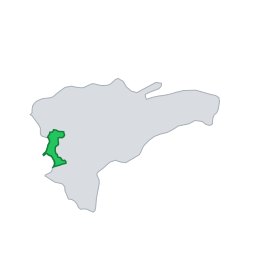 where La Estrelleta sits in Dominican Republic, rotated 336°
{"feature_id": "DOM-1972", "entity_name": "La Estrelleta", "entity_type": "Province", "adm_level": 1, "iso_a3": "DOM", "parent_name": "Dominican Republic", "parent_adm1": "", "projection": "mercator", "projection_center": [-71.627, 18.975], "detail": "fine", "context": "in_parent", "style": "filled", "palette": "green", "viewbox_px": 256, "rotation_deg": 336, "n_neighbors": 0, "source": "natural_earth", "source_scale": "10m", "svg_char_len": 2270}
<svg xmlns="http://www.w3.org/2000/svg" viewBox="0 0 256 256"><g transform="rotate(336 128 128)"><path d="M44.7,168.6L44.9,159.6L46.3,155.9L45.0,152.0L39.3,147.9L35.7,142.6L32.6,137.9L33.3,137.3L39.6,137.0L41.8,135.3L46.0,130.5L46.9,126.6L46.5,123.7L43.8,120.2L42.7,116.5L46.1,113.3L50.5,108.6L51.1,106.8L51.0,105.0L45.8,100.0L45.5,97.9L47.9,92.5L47.7,89.0L45.3,77.8L44.1,76.1L46.4,75.2L48.0,71.9L50.0,68.9L52.6,67.3L55.7,66.3L61.7,66.4L70.1,69.0L72.4,68.9L80.5,66.6L87.1,65.3L93.4,66.8L95.9,68.8L101.1,72.0L103.7,73.0L111.9,72.9L114.1,73.2L121.0,78.5L126.7,80.6L130.1,80.7L136.1,78.6L139.1,78.7L142.5,83.3L143.2,89.7L146.0,95.6L150.4,99.3L172.0,97.7L176.8,100.8L175.2,103.4L172.1,104.7L161.9,104.1L157.4,104.4L156.5,107.0L156.5,109.3L162.5,109.9L168.4,111.1L174.4,112.9L180.5,114.2L187.3,115.1L194.1,116.4L205.4,121.1L217.8,131.5L221.2,133.9L223.4,137.2L222.3,141.2L217.9,147.8L215.4,150.0L211.7,151.3L209.2,154.0L206.7,158.6L205.2,159.0L203.5,158.8L200.5,156.2L198.4,152.1L192.3,148.4L185.2,148.9L174.6,146.6L168.3,147.7L161.9,148.0L155.4,146.8L148.8,146.4L142.2,147.8L135.9,150.3L133.5,151.8L129.5,155.6L127.3,157.0L111.8,158.8L107.4,156.1L103.3,152.3L97.3,151.8L88.7,154.7L83.3,155.8L81.1,157.0L80.5,158.5L80.4,163.7L79.2,166.9L70.8,179.0L66.1,187.5L64.1,190.1L61.9,190.7L57.7,185.8L55.1,184.0L51.8,183.1L50.4,180.5L50.5,176.9L49.6,173.3L47.6,170.5L44.7,168.6Z" fill="#d9dde1" stroke="#a8b0b8" stroke-width="1"/><path d="M39.8,118.7L39.6,117.8L40.5,117.2L43.2,116.4L43.9,116.0L46.2,113.5L47.7,111.3L48.5,110.6L50.3,109.3L50.9,108.4L51.2,107.4L51.4,104.1L50.8,103.8L51.6,103.0L52.7,102.3L53.8,101.9L54.2,100.9L54.8,100.1L56.1,100.5L57.3,100.9L58.4,100.3L59.3,99.3L61.5,100.7L63.1,102.9L65.4,104.0L67.7,105.3L67.3,106.9L67.2,108.6L65.6,109.9L63.6,110.0L62.0,109.0L60.2,108.7L59.1,110.7L58.5,113.1L57.7,114.8L56.1,115.3L54.6,115.4L53.5,116.5L52.2,119.2L51.7,122.2L52.6,123.4L52.0,126.0L53.2,126.8L54.3,127.7L54.6,129.0L54.6,130.4L55.6,131.4L57.0,131.7L57.6,133.3L56.9,135.0L53.6,134.3L50.3,134.1L46.7,133.5L43.8,133.2L45.2,132.3L46.0,131.7L46.6,130.7L47.0,129.7L47.2,128.7L47.3,127.7L46.9,125.5L46.8,123.3L46.5,122.3L46.1,121.8L44.9,120.7L44.5,120.1L43.7,118.6L43.3,118.2L42.0,118.1L40.7,118.6L39.8,118.7Z" fill="#22c55e" stroke="#15803d" stroke-width="1.5"/></g></svg>